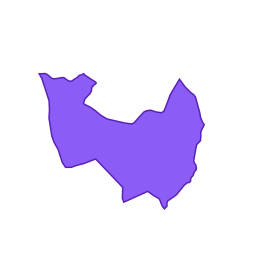 the district of Yaloké, Ombella-M'Poko, Central African Republic, rotated 153°
{"feature_id": "33826404B87944665241134", "entity_name": "Yaloké", "entity_type": "district", "adm_level": 2, "iso_a3": "CAF", "parent_name": "Central African Republic", "parent_adm1": "Ombella-M'Poko", "projection": "natural_earth1", "projection_center": [16.962, 5.38], "detail": "fine", "context": "isolated", "style": "filled", "palette": "violet", "viewbox_px": 256, "rotation_deg": 153, "n_neighbors": 0, "source": "geoboundaries", "source_scale": "gbopen_adm2", "svg_char_len": 1521}
<svg xmlns="http://www.w3.org/2000/svg" viewBox="0 0 256 256"><g transform="rotate(153 128 128)"><path d="M60.0,148.1L75.1,138.6L85.8,128.8L88.5,126.6L91.2,126.4L95.5,129.4L99.8,133.6L103.5,134.9L106.3,135.1L110.5,133.6L120.2,129.9L122.6,129.8L128.8,134.0L142.7,145.7L146.5,151.8L149.6,159.0L152.4,164.0L154.7,167.1L156.3,169.3L156.0,170.8L153.2,173.4L147.1,175.7L145.7,176.2L143.7,177.7L142.4,179.8L140.9,181.1L138.6,181.7L136.1,182.3L135.9,183.4L137.5,186.2L138.9,188.5L140.5,191.4L142.3,194.4L142.8,196.6L145.5,196.5L147.3,197.1L149.0,196.6L149.4,196.2L151.6,196.0L152.7,195.9L155.2,195.6L157.2,195.4L158.3,196.0L159.6,197.0L160.9,199.2L162.1,201.8L163.6,202.8L165.6,203.4L169.2,204.5L171.7,205.5L173.4,206.9L174.3,209.1L175.0,211.0L176.0,212.9L177.2,214.2L182.5,216.6L182.3,211.1L183.5,203.5L186.0,188.0L189.8,179.7L193.9,172.7L199.5,155.5L200.4,148.6L200.0,140.7L202.2,127.1L201.5,121.3L196.4,118.7L191.2,118.1L183.7,116.4L170.9,115.1L159.7,77.7L160.6,75.8L165.0,67.8L165.4,63.8L139.2,62.6L135.8,56.0L134.0,53.4L132.4,50.8L132.4,48.2L132.8,45.1L132.8,42.2L132.2,39.4L128.8,40.6L127.5,43.3L125.7,45.0L121.1,45.6L115.2,46.5L107.9,49.7L103.4,51.7L99.4,52.2L97.9,51.6L96.2,52.5L95.2,54.3L93.7,55.4L91.7,56.0L89.0,58.6L86.0,60.0L85.1,61.6L84.4,64.2L84.6,66.4L84.7,67.9L83.8,69.7L78.1,77.3L74.4,82.0L69.2,83.8L66.6,88.0L65.3,90.9L63.0,93.1L60.4,94.9L58.5,96.5L58.9,98.4L58.8,101.6L58.4,105.2L57.2,108.7L53.8,125.1L54.4,128.0L56.0,131.2L58.5,138.8L60.0,148.1Z" fill="#8b5cf6" stroke="#5b21b6" stroke-width="1.5"/></g></svg>